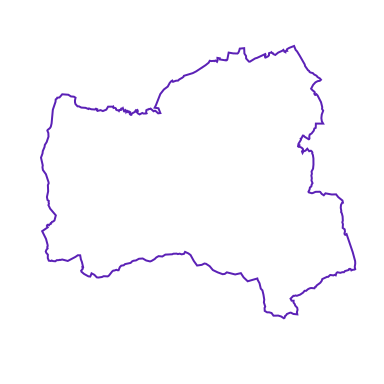 Chiojdeanca, Prahova, Romania, rotated 263°
{"feature_id": "2599482B41397862941548", "entity_name": "Chiojdeanca", "entity_type": "district", "adm_level": 2, "iso_a3": "ROU", "parent_name": "Romania", "parent_adm1": "Prahova", "projection": "natural_earth1", "projection_center": [26.277, 45.174], "detail": "fine", "context": "isolated", "style": "outline", "palette": "violet", "viewbox_px": 384, "rotation_deg": 263, "n_neighbors": 0, "source": "geoboundaries", "source_scale": "gbopen_adm2", "svg_char_len": 5973}
<svg xmlns="http://www.w3.org/2000/svg" viewBox="0 0 384 384"><g transform="rotate(263 192 192)"><path d="M287.7,333.7L289.0,332.9L290.8,330.6L292.2,329.8L293.8,327.5L295.3,326.4L296.2,324.1L296.9,323.3L297.9,323.0L298.7,322.0L303.2,319.6L304.9,319.4L314.2,315.5L318.8,313.4L320.4,312.2L324.5,311.1L323.2,306.1L322.2,303.8L321.4,303.3L320.5,303.6L320.5,302.4L320.1,301.8L319.4,301.7L319.8,301.1L320.4,301.5L320.4,300.7L321.9,300.0L321.2,298.9L319.9,294.6L317.9,291.4L319.0,289.5L320.0,289.1L320.2,288.4L320.8,288.0L320.5,287.8L320.8,287.2L320.4,285.4L318.2,285.0L317.4,284.0L316.6,281.9L316.5,281.2L317.2,280.9L318.3,281.0L319.1,281.7L320.0,281.5L317.2,272.9L316.9,271.0L314.3,265.3L314.5,264.4L317.9,262.0L320.4,262.2L323.0,260.9L328.4,261.3L328.5,256.9L326.1,255.9L324.4,254.8L323.9,254.0L324.6,249.6L325.9,245.4L319.2,243.2L318.7,242.7L318.9,241.9L318.5,241.7L320.2,235.7L321.3,235.9L322.0,233.6L319.3,233.3L318.2,232.7L319.6,231.3L319.2,230.0L319.5,229.7L319.6,227.1L320.1,225.6L318.3,224.3L316.2,220.9L311.2,210.8L309.9,207.3L308.3,198.1L307.4,197.6L306.6,196.3L305.3,193.1L304.3,191.8L304.4,189.6L303.7,186.6L305.0,186.0L304.4,184.8L303.0,183.2L299.6,180.8L297.2,176.6L293.1,172.5L282.4,166.7L280.2,165.2L279.2,168.9L274.2,170.2L274.2,168.0L277.0,165.6L277.2,165.1L276.8,163.7L279.8,161.1L279.5,160.5L279.7,159.5L279.2,158.8L279.3,157.9L278.7,156.6L276.4,156.2L275.6,156.5L275.5,156.1L275.8,153.3L276.5,152.3L275.4,149.5L276.5,148.0L277.9,147.0L278.9,148.1L279.8,147.9L280.0,147.8L279.6,147.1L280.1,146.4L279.5,145.7L278.6,145.4L277.5,142.6L276.8,141.5L276.0,141.2L276.1,140.5L276.8,139.9L277.9,140.4L278.4,139.9L278.9,140.2L279.5,139.4L278.7,139.0L278.9,138.3L279.2,138.0L279.7,138.4L280.4,137.6L279.4,136.5L280.7,136.5L281.4,135.9L280.2,134.9L280.3,134.4L283.6,133.6L283.1,133.1L283.5,132.1L282.9,131.5L282.1,131.4L282.2,130.1L281.3,129.4L282.1,128.9L282.2,127.8L283.0,126.7L284.1,126.7L284.7,126.1L285.2,124.7L285.1,124.4L286.4,124.2L286.1,123.6L286.4,123.3L286.9,119.1L284.2,117.0L283.2,113.4L284.4,111.2L284.0,108.1L284.6,107.6L285.7,108.0L286.4,106.8L285.7,105.7L286.4,102.1L287.5,99.9L287.0,99.3L288.5,96.6L289.3,92.4L290.8,90.2L291.0,88.8L293.4,87.1L295.2,86.8L297.2,87.0L299.8,87.9L301.0,86.4L301.6,83.5L303.6,81.1L304.8,75.1L302.0,72.0L302.0,69.7L301.3,69.4L300.5,68.0L298.1,67.5L290.6,63.9L277.2,61.0L274.0,59.8L272.7,58.7L271.2,56.3L270.6,55.9L268.1,56.6L264.4,56.3L259.2,53.8L256.7,51.7L254.6,51.1L250.8,48.9L248.4,48.3L244.5,46.3L236.6,47.1L234.8,46.6L232.0,46.7L227.4,49.2L219.2,50.8L218.1,50.8L216.4,49.8L210.2,49.3L204.7,47.4L201.7,47.6L200.5,48.8L199.3,48.4L197.8,48.6L196.5,47.9L192.7,49.2L185.4,54.0L180.5,52.0L179.7,50.7L179.4,49.4L178.5,48.7L178.4,48.1L177.6,48.0L177.1,46.5L176.5,46.1L177.1,45.0L176.9,44.4L176.0,43.8L174.5,44.5L171.4,38.5L163.2,41.4L157.3,42.2L156.0,42.2L155.0,41.6L153.5,41.8L152.7,40.7L150.8,39.6L149.3,40.0L147.4,41.3L144.0,40.8L141.3,41.5L140.7,43.6L141.1,44.4L140.4,45.5L139.9,47.9L140.8,49.4L140.6,51.6L140.8,52.3L140.6,53.0L140.8,55.0L138.7,60.3L141.8,68.4L143.1,70.9L142.8,73.3L138.7,73.5L135.9,74.2L130.4,74.8L130.1,74.6L130.4,74.1L129.0,74.1L127.4,72.4L126.3,72.6L123.9,74.8L120.9,78.9L120.3,81.4L120.7,80.9L123.5,82.4L121.7,85.0L118.9,87.1L118.5,88.6L118.6,92.2L119.2,94.1L118.5,98.1L119.2,99.4L122.8,103.0L123.6,104.3L123.5,105.4L124.0,107.4L123.4,108.6L123.3,109.6L126.2,111.2L127.5,112.8L127.6,115.3L128.6,116.8L129.1,122.4L130.5,124.2L130.9,125.6L130.9,128.0L132.2,131.2L132.0,135.0L129.6,138.2L128.2,141.9L128.5,143.4L130.0,146.8L131.4,148.6L132.4,151.0L131.6,154.7L133.1,157.9L132.6,164.8L133.0,165.9L132.7,169.3L132.1,170.4L132.3,172.2L131.4,174.1L131.6,176.5L133.4,177.8L131.5,180.9L129.6,182.9L123.3,185.4L118.4,188.1L118.5,192.8L119.5,195.6L119.0,197.2L116.2,200.5L112.0,203.2L109.1,207.7L106.7,212.4L106.7,214.5L108.0,216.8L104.9,224.8L105.5,230.6L101.0,232.8L96.6,236.4L98.2,246.3L96.7,246.5L93.2,247.9L87.7,248.5L85.8,249.9L81.5,250.4L76.4,250.6L73.6,249.9L69.3,250.7L68.1,249.9L65.1,249.7L63.4,251.9L63.2,253.8L62.2,256.2L59.3,257.8L58.8,262.6L57.6,265.3L55.5,267.8L55.9,268.6L57.6,269.3L58.1,270.3L59.3,271.3L60.2,274.4L60.2,275.4L58.6,277.8L57.7,281.6L60.0,281.5L62.2,282.4L64.3,282.3L66.7,280.6L68.2,280.3L69.9,279.3L71.7,279.6L72.0,277.6L74.1,276.8L76.6,280.0L76.4,281.1L76.7,282.1L76.2,283.4L77.0,286.9L78.6,290.0L80.2,291.7L80.0,293.2L81.3,295.1L82.0,296.9L82.2,298.5L81.5,301.8L82.7,302.6L83.0,303.7L83.9,304.1L86.3,308.3L88.0,309.9L89.7,310.7L91.3,315.6L91.2,316.8L92.8,319.1L92.0,322.2L92.4,323.6L91.8,324.5L93.8,325.4L94.6,326.5L93.7,329.4L94.1,331.5L93.9,333.1L94.9,334.2L95.5,338.0L96.3,338.4L96.5,339.4L96.1,340.1L94.8,340.6L95.2,342.0L95.2,343.9L95.5,344.6L97.8,344.4L101.0,345.3L103.5,345.5L112.6,344.2L131.4,340.3L130.8,338.9L131.3,338.4L132.4,338.3L134.1,339.0L136.3,339.0L138.0,337.2L141.7,337.9L143.7,337.5L145.1,338.2L149.4,338.5L152.6,338.1L154.0,337.5L154.8,337.9L158.1,337.7L161.0,338.3L162.9,339.6L163.0,340.5L165.2,340.3L169.0,336.6L172.1,334.7L172.5,330.4L174.4,324.3L172.7,322.4L174.3,320.5L176.4,319.3L176.7,318.7L177.1,314.6L176.2,311.6L176.2,310.7L177.4,307.9L178.0,307.6L180.2,309.0L182.1,309.6L183.0,311.1L184.8,311.7L186.1,312.7L188.8,312.0L191.1,312.6L193.8,312.5L195.4,313.2L197.8,313.2L200.4,315.0L204.4,315.9L210.5,316.6L214.0,316.5L215.7,316.0L216.6,316.3L217.6,315.9L218.5,315.0L218.2,313.3L220.9,311.7L219.2,309.7L218.7,307.5L217.3,306.5L218.8,306.1L220.5,307.4L221.5,307.2L222.8,306.0L223.7,304.3L224.8,304.3L224.0,303.2L224.4,302.8L226.9,303.6L230.7,306.6L231.7,306.4L232.0,307.2L234.5,308.9L234.3,309.7L233.2,310.4L230.1,314.3L230.2,314.7L230.8,315.1L233.0,315.2L234.7,315.9L235.5,317.8L238.0,320.3L240.1,321.2L240.6,322.6L244.8,323.3L243.9,330.5L246.3,329.5L249.5,329.4L253.0,330.2L256.7,332.1L258.6,331.2L260.4,331.6L265.4,331.0L272.5,328.4L273.9,327.4L273.3,326.5L273.5,325.9L274.6,325.4L275.5,326.0L276.5,325.8L278.3,324.0L280.0,322.8L283.6,325.3L285.8,327.9L286.7,330.2L286.8,332.4L287.7,333.7Z" fill="none" stroke="#5b21b6" stroke-width="2"/></g></svg>